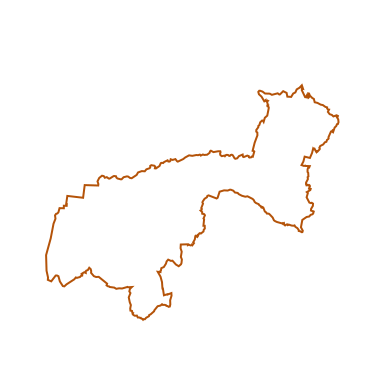 Voinesti, Dâmbovita, Romania, rotated 109°
{"feature_id": "2599482B44147750772273", "entity_name": "Voinesti", "entity_type": "district", "adm_level": 2, "iso_a3": "ROU", "parent_name": "Romania", "parent_adm1": "Dâmbovita", "projection": "natural_earth1", "projection_center": [25.247, 45.074], "detail": "fine", "context": "isolated", "style": "outline", "palette": "amber", "viewbox_px": 384, "rotation_deg": 109, "n_neighbors": 0, "source": "geoboundaries", "source_scale": "gbopen_adm2", "svg_char_len": 5959}
<svg xmlns="http://www.w3.org/2000/svg" viewBox="0 0 384 384"><g transform="rotate(109 192 192)"><path d="M322.0,299.7L322.3,296.0L315.4,293.7L314.9,292.6L315.1,290.9L319.6,287.8L323.0,283.5L322.8,282.0L320.2,280.6L312.9,274.9L310.6,274.0L310.7,272.9L309.9,271.8L308.9,270.3L307.2,269.5L306.8,268.6L305.8,268.8L305.9,269.4L305.4,269.8L303.0,267.8L303.1,266.1L301.7,266.7L300.7,266.3L299.8,265.1L297.1,264.5L297.9,262.7L299.5,261.6L301.3,261.1L303.5,257.4L303.6,255.0L302.6,252.6L306.3,242.4L308.1,242.4L308.5,240.8L308.3,239.6L308.6,238.9L307.7,234.4L308.2,232.1L306.8,229.6L306.0,226.7L302.7,222.0L302.9,221.4L301.4,217.9L303.7,219.1L305.6,219.0L306.4,218.9L307.6,217.3L312.2,217.5L316.6,214.9L318.8,213.0L322.2,212.5L324.2,211.6L324.0,210.0L325.4,209.2L325.6,208.3L326.6,208.5L327.4,207.3L327.6,205.7L326.8,203.9L328.3,202.4L327.8,201.0L328.0,199.7L327.7,199.4L328.2,198.6L328.1,197.6L328.7,196.7L328.0,196.4L327.6,195.1L325.8,194.4L323.5,192.3L322.2,192.4L321.3,191.4L317.1,189.0L316.2,189.1L311.2,187.3L309.6,184.8L307.9,183.8L308.3,182.9L307.6,181.1L307.5,179.8L308.0,179.2L307.8,177.8L308.2,176.8L307.5,175.7L305.4,175.9L301.5,177.4L296.7,177.6L294.3,178.6L296.9,181.7L296.6,181.9L298.8,184.9L292.9,188.0L293.1,188.3L292.7,188.6L287.0,191.0L282.3,194.2L278.6,198.4L278.0,195.8L277.1,196.2L276.5,195.8L274.0,196.2L272.1,194.2L268.2,193.3L265.9,193.4L263.7,192.5L264.0,189.5L263.3,188.1L265.8,183.6L266.5,180.4L264.0,178.9L262.7,178.8L259.1,179.6L257.0,181.4L251.8,182.3L248.9,184.5L245.3,185.5L242.8,178.9L243.6,178.6L242.8,177.7L243.0,176.1L242.3,174.8L241.9,174.8L242.2,174.3L239.7,173.5L239.2,174.5L235.9,173.9L232.6,174.5L232.1,174.2L232.8,172.4L232.2,172.2L231.9,172.8L231.2,172.7L231.5,172.2L229.0,171.7L228.3,171.1L228.4,170.1L225.6,168.3L223.9,168.6L222.4,168.0L219.8,169.0L220.2,170.2L213.8,171.7L213.3,172.5L209.8,172.2L209.0,173.2L209.2,175.3L207.7,175.8L206.7,177.9L205.8,177.1L204.8,177.2L204.2,178.0L199.4,177.8L198.6,178.7L197.6,178.8L194.3,177.9L192.1,176.2L190.7,176.2L189.8,175.2L190.1,166.6L189.1,165.9L182.7,166.0L180.0,162.2L179.0,158.7L177.4,156.8L177.2,155.8L177.3,153.4L178.5,151.2L178.0,148.5L178.8,147.1L179.3,143.6L179.1,140.1L178.0,138.1L178.8,132.5L179.5,131.0L181.0,129.5L181.6,127.9L181.8,125.0L182.6,124.1L183.2,121.7L183.4,122.1L184.1,121.3L184.0,119.9L183.4,119.9L183.5,119.5L186.7,116.8L187.2,115.1L188.0,114.3L187.5,112.3L187.9,111.2L189.9,107.4L192.1,105.3L192.5,103.9L192.7,101.9L192.4,96.8L192.1,96.4L192.4,95.9L191.8,95.7L192.0,95.2L191.6,94.9L192.9,94.2L193.3,93.1L191.9,92.0L191.5,91.1L192.1,90.6L191.3,89.6L191.3,87.0L190.9,85.1L190.2,84.2L191.3,82.9L191.8,80.8L193.0,78.9L194.1,78.4L193.9,76.7L194.3,75.3L194.0,74.6L192.6,74.6L189.9,77.5L182.5,78.6L178.3,75.5L177.0,73.2L175.0,72.4L173.8,70.8L172.7,70.4L171.4,70.7L170.3,70.1L170.9,71.0L170.8,73.5L169.1,73.9L165.8,73.2L163.6,73.8L163.2,75.3L163.8,76.0L163.8,77.6L159.7,81.9L155.3,82.1L154.7,83.4L151.7,80.8L150.4,80.8L150.4,81.3L151.1,81.3L150.8,82.5L148.0,82.4L147.5,83.0L147.9,83.2L147.5,83.6L147.9,84.5L147.5,84.8L147.6,85.8L148.2,86.1L147.4,86.8L145.9,87.2L142.1,86.6L140.3,87.5L139.4,87.0L136.0,88.4L135.4,89.3L132.9,90.1L131.4,90.1L130.9,89.2L129.2,89.1L130.4,93.1L130.2,93.4L130.9,94.6L130.9,97.2L127.0,96.6L121.9,97.0L121.4,91.6L116.1,91.2L111.3,91.6L111.8,90.6L111.2,90.2L113.3,88.0L112.9,87.6L113.5,87.2L112.7,86.9L112.9,86.5L110.0,85.2L109.4,85.3L108.8,86.0L106.7,85.7L104.3,83.4L101.8,82.6L100.8,81.3L98.8,81.3L97.5,80.4L96.7,80.3L95.8,80.8L89.6,80.3L89.3,79.7L86.9,78.7L89.4,78.8L89.6,78.1L84.6,78.1L82.7,77.1L80.7,77.0L80.2,76.2L78.3,76.2L75.7,77.4L73.9,79.6L73.4,78.8L72.6,78.8L72.4,80.3L74.5,82.9L73.6,84.8L73.6,87.2L72.0,89.6L69.5,89.3L69.7,90.5L68.9,91.5L68.0,91.8L68.1,93.6L67.2,96.6L67.5,98.8L66.9,102.4L67.2,105.2L64.3,107.1L64.0,108.8L62.5,111.9L60.8,113.4L60.9,114.1L64.4,112.3L64.9,112.6L64.6,112.8L65.0,113.8L63.1,114.1L62.7,114.8L64.5,115.1L65.1,114.6L65.5,115.9L59.9,121.4L59.3,121.2L58.4,121.8L58.3,120.6L55.3,122.9L58.4,124.3L60.9,126.4L64.2,126.7L66.0,128.4L69.8,129.2L70.8,132.9L67.5,134.8L67.0,138.6L71.1,140.6L71.4,141.2L70.8,143.1L74.1,148.1L73.7,150.5L75.1,155.0L74.1,158.0L74.1,160.7L74.4,161.4L75.8,161.9L77.8,160.5L79.2,157.3L82.7,153.2L81.2,152.3L81.9,152.0L82.1,151.1L81.0,150.5L81.1,149.9L82.2,150.5L84.7,148.7L85.5,149.0L86.1,148.7L85.8,148.2L86.4,148.2L86.5,147.5L87.4,146.8L95.3,145.7L98.1,147.3L102.4,147.1L101.4,148.2L101.6,149.0L103.9,150.2L106.8,150.1L108.0,150.8L109.2,150.4L112.4,151.4L114.0,150.9L114.5,149.6L117.1,148.6L125.0,148.8L133.3,148.1L133.2,146.7L133.4,146.3L138.9,146.0L139.0,147.0L139.9,147.3L140.7,148.8L140.6,149.5L139.6,150.0L139.6,151.6L142.1,154.4L142.0,155.3L140.1,156.3L142.8,159.3L145.4,160.2L146.5,161.9L146.2,162.8L144.0,165.4L143.8,166.5L144.5,167.6L145.6,168.0L145.7,169.1L145.3,169.9L145.5,171.1L146.0,171.9L147.4,172.5L147.0,173.1L148.4,175.5L147.9,177.1L146.8,177.9L145.0,178.0L144.3,178.5L145.1,180.8L147.3,184.7L146.8,187.6L147.7,188.2L149.2,188.1L151.8,189.8L153.0,192.5L153.0,193.9L154.7,195.6L154.1,196.5L154.3,197.1L155.2,198.2L155.6,199.9L157.7,203.5L158.3,206.7L161.6,209.7L163.7,211.0L167.9,215.3L167.8,216.1L166.3,218.4L168.0,220.8L168.0,222.8L169.5,222.6L170.5,223.1L170.9,224.3L170.0,225.4L172.7,228.1L174.0,228.7L174.2,230.0L174.9,230.9L178.0,231.2L181.5,233.8L181.7,234.8L180.0,235.0L179.4,236.1L179.9,239.2L180.9,240.0L182.4,239.5L183.3,239.8L185.4,242.5L187.8,243.4L188.6,246.3L191.1,249.4L193.9,249.9L198.6,253.5L198.9,255.1L198.2,257.4L198.4,258.6L200.3,261.5L202.9,262.7L203.2,263.5L203.5,266.9L202.9,268.3L201.9,268.9L202.1,270.4L202.5,271.3L206.1,274.2L206.4,275.1L205.7,277.4L206.9,279.1L205.7,280.6L205.9,282.4L208.9,284.3L212.7,284.8L215.0,283.1L216.4,282.8L220.4,295.7L232.9,293.1L236.3,308.6L244.2,307.1L244.1,306.5L245.9,306.0L246.7,308.7L249.1,307.9L250.4,312.0L254.7,311.7L256.1,312.3L256.9,313.4L258.7,313.9L261.7,312.4L267.1,312.6L281.8,310.5L299.2,309.4L313.8,303.9L319.7,300.3L322.0,299.7Z" fill="none" stroke="#b45309" stroke-width="2"/></g></svg>